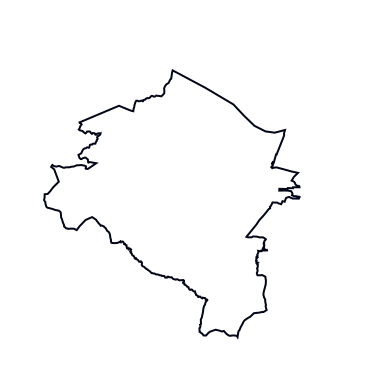 the district of Teisani, Prahova, Romania, rotated 308°
{"feature_id": "2599482B15804896567497", "entity_name": "Teisani", "entity_type": "district", "adm_level": 2, "iso_a3": "ROU", "parent_name": "Romania", "parent_adm1": "Prahova", "projection": "mercator", "projection_center": [25.998, 45.225], "detail": "fine", "context": "isolated", "style": "outline", "palette": "ink", "viewbox_px": 384, "rotation_deg": 308, "n_neighbors": 0, "source": "geoboundaries", "source_scale": "gbopen_adm2", "svg_char_len": 5999}
<svg xmlns="http://www.w3.org/2000/svg" viewBox="0 0 384 384"><g transform="rotate(308 192 192)"><path d="M196.0,279.9L198.4,279.2L200.1,279.4L200.3,278.9L200.1,276.3L199.5,275.2L197.8,273.2L197.1,271.2L194.7,267.6L192.9,266.8L190.7,263.9L190.2,262.5L206.0,262.8L210.9,262.4L218.4,262.9L225.8,263.0L227.2,263.6L227.6,263.4L228.2,262.6L230.0,262.7L233.3,261.9L236.1,265.7L236.3,267.4L236.8,268.3L237.3,269.8L240.5,269.0L241.4,271.0L245.0,269.8L245.8,270.1L247.9,271.5L248.0,272.3L248.8,275.3L252.6,280.3L254.3,279.9L254.0,278.8L253.0,277.5L253.1,277.2L253.0,276.9L251.5,274.9L251.0,272.8L252.5,272.3L253.7,269.8L252.4,267.2L250.6,264.6L246.8,259.9L248.3,258.9L253.2,265.4L254.1,265.1L257.1,269.2L257.9,268.7L261.9,273.8L262.6,273.0L262.6,272.5L261.6,270.8L261.6,270.1L261.6,269.1L262.7,267.1L262.8,266.4L262.8,265.2L262.3,263.5L266.5,263.0L272.3,263.7L269.4,257.7L267.2,252.3L263.4,243.4L261.1,241.1L260.2,240.6L260.3,239.3L260.9,239.1L261.8,239.5L263.9,238.8L263.2,238.2L263.8,237.4L264.2,237.6L265.3,237.2L265.6,238.3L273.4,235.1L273.6,235.6L292.3,230.1L293.5,229.6L294.9,228.4L298.1,227.1L289.7,220.7L285.0,212.6L282.6,200.5L284.1,186.1L286.5,170.8L282.3,138.2L275.9,101.9L274.0,102.7L268.4,105.9L267.3,105.6L263.6,106.4L260.8,105.5L258.5,105.6L256.4,106.3L253.9,108.6L252.5,109.4L248.6,109.0L245.9,104.4L244.5,104.1L243.6,103.1L243.4,101.8L242.9,101.1L242.3,100.8L239.9,100.6L239.3,100.2L238.6,99.0L237.0,98.2L236.1,98.3L234.6,97.1L233.7,97.5L233.2,97.4L233.1,97.0L233.3,96.6L233.0,96.0L230.8,94.4L230.1,92.4L229.6,91.9L228.4,92.0L225.7,92.9L222.9,94.4L222.0,94.6L219.5,96.0L218.4,93.6L215.0,81.4L177.6,60.5L177.3,61.0L177.6,62.5L177.3,63.4L174.9,63.5L173.4,64.1L171.5,64.4L171.6,65.8L172.7,68.2L172.4,69.4L172.5,71.7L172.6,72.0L173.6,72.2L175.0,72.1L176.5,73.8L176.8,74.8L176.3,75.7L176.2,77.3L177.4,77.5L178.3,79.2L178.3,79.8L177.7,80.3L177.8,80.8L178.2,81.1L179.7,81.4L181.1,82.6L180.9,83.4L181.8,83.8L180.9,84.3L178.7,83.9L177.9,83.2L177.7,83.3L176.5,83.7L176.3,84.4L175.7,85.0L174.6,84.9L174.0,85.0L173.7,85.5L171.9,85.6L170.6,86.1L169.5,84.6L168.7,84.1L168.2,84.3L166.9,82.9L166.2,82.6L163.9,83.6L163.4,83.5L162.7,81.9L161.3,81.4L159.6,80.2L157.6,80.1L154.3,80.9L151.3,79.7L149.6,82.3L149.4,84.0L150.0,84.7L151.3,85.1L153.2,86.4L153.6,87.2L153.5,89.9L151.4,92.0L151.5,92.4L152.1,92.5L152.7,93.1L155.7,98.8L146.5,95.9L145.7,95.3L145.0,94.2L145.1,93.6L146.7,93.0L146.9,92.7L146.6,91.0L145.0,88.1L142.0,84.7L139.5,83.3L137.3,81.1L136.3,80.5L133.6,77.2L132.5,76.5L131.8,75.4L130.7,71.2L128.6,69.6L127.5,67.5L127.3,65.3L125.1,65.5L125.0,69.5L118.1,80.7L110.4,79.7L105.2,79.8L101.7,79.5L99.5,77.3L97.0,79.2L94.7,80.3L94.3,80.9L93.8,82.6L92.2,84.1L91.0,85.9L90.6,86.9L90.7,87.9L92.7,92.4L93.7,95.4L95.3,98.6L95.3,99.9L95.0,101.2L91.6,104.4L91.0,105.0L90.8,105.8L88.2,109.5L87.2,111.5L86.2,112.3L85.9,115.3L86.4,116.0L86.7,117.1L88.0,118.4L90.3,121.4L91.0,124.6L96.0,124.5L104.5,125.4L110.7,128.7L111.1,133.4L110.5,135.2L110.1,137.2L109.8,137.6L109.7,139.3L109.2,140.8L110.0,141.4L110.6,143.7L110.3,144.9L110.4,146.2L109.2,148.9L109.2,151.1L108.4,152.9L107.7,153.8L105.4,156.1L104.6,157.4L103.0,158.8L102.4,159.7L102.9,160.8L104.3,162.8L105.3,163.8L106.0,164.7L107.8,165.5L108.5,166.8L109.2,166.3L109.3,167.0L110.0,167.5L110.4,168.2L109.9,169.6L109.4,170.1L109.6,170.3L109.4,170.8L109.8,171.3L109.3,172.1L109.7,173.2L108.5,174.1L108.4,174.9L107.9,175.3L108.4,175.7L107.9,176.2L108.5,176.7L108.1,177.5L109.0,177.5L109.3,178.4L109.1,179.5L107.0,180.0L107.2,181.0L106.4,181.4L106.4,182.3L105.4,184.0L105.7,185.5L105.1,186.9L104.4,187.8L104.5,188.1L105.2,188.3L105.4,188.7L104.7,189.3L105.2,190.8L105.1,191.5L104.5,193.1L104.6,193.5L105.8,194.3L105.4,195.0L105.7,195.4L105.6,195.9L104.8,196.7L103.7,197.2L103.2,198.0L103.2,199.0L103.6,200.7L103.3,202.0L103.4,202.6L103.2,203.6L103.6,204.5L103.4,205.2L103.6,207.5L103.2,210.1L103.7,210.7L104.0,211.8L104.7,212.7L104.9,214.4L106.1,216.0L106.6,218.0L107.3,219.0L107.3,219.9L108.7,221.6L108.7,222.2L108.1,223.4L108.4,224.2L109.2,225.0L109.9,224.7L110.7,225.4L110.6,226.1L111.1,226.6L111.2,227.2L112.3,228.5L111.9,230.2L112.1,231.4L112.7,232.4L112.8,233.0L114.2,234.1L114.6,236.4L117.3,239.4L117.2,240.3L116.8,240.6L116.4,240.8L115.4,240.6L114.9,240.9L115.3,242.3L114.4,242.9L114.8,245.4L114.4,246.4L114.8,247.8L113.8,249.1L113.7,250.8L114.8,251.5L115.1,252.4L114.7,253.1L114.7,253.8L114.9,255.0L115.5,255.4L114.9,256.4L114.4,256.7L114.3,257.5L113.4,258.5L113.4,259.2L113.8,260.2L113.7,260.8L113.1,261.4L113.2,261.8L114.5,262.6L114.4,264.1L114.6,265.6L115.3,265.5L116.4,267.5L116.4,268.0L116.2,268.5L115.4,269.2L115.4,269.5L116.4,270.0L116.3,270.6L113.3,270.6L111.3,271.6L109.6,271.7L106.8,272.9L104.6,274.3L99.4,276.9L96.9,277.5L93.7,280.2L92.6,280.5L92.3,280.2L91.2,281.4L90.0,281.9L89.3,281.7L86.9,283.7L86.8,284.2L86.5,284.3L86.6,287.4L86.1,289.4L87.5,291.4L91.3,291.7L93.4,292.4L98.0,295.4L99.8,299.3L100.5,301.5L102.1,302.6L101.4,306.7L101.5,309.0L102.0,310.4L104.6,313.0L106.2,315.8L105.7,317.2L110.8,314.4L112.6,314.4L114.9,313.7L121.6,312.5L123.1,312.4L126.8,313.5L129.6,314.7L134.6,315.4L138.3,319.2L140.8,321.3L141.4,322.2L144.9,323.5L147.2,320.4L148.3,320.0L150.8,317.1L152.3,315.9L153.4,313.6L155.0,311.5L157.3,310.1L164.5,307.0L167.6,304.9L170.4,301.9L169.8,298.5L167.7,296.3L166.7,294.8L168.0,293.0L170.0,292.4L171.4,291.2L171.4,290.8L172.0,290.2L172.8,290.2L174.2,289.5L174.9,288.4L175.3,288.4L175.4,287.3L175.9,287.4L175.6,287.0L175.9,286.6L176.4,286.7L176.1,286.2L177.4,285.2L178.5,284.9L177.4,285.0L177.2,284.9L177.4,284.7L179.2,283.9L180.8,284.0L180.9,283.8L180.6,283.8L180.5,283.5L179.7,283.5L179.7,283.2L180.9,282.7L181.5,283.1L182.0,283.1L182.7,282.0L183.8,281.9L186.0,281.0L186.4,280.4L186.7,280.9L186.5,281.5L187.3,282.1L187.8,282.2L187.8,282.6L188.3,283.4L189.0,283.2L189.9,283.7L189.8,284.1L190.3,284.5L190.6,285.3L192.1,287.0L192.4,286.6L191.9,286.3L191.4,284.5L192.1,283.8L192.0,283.1L192.4,282.9L191.4,282.6L194.7,281.7L195.0,280.7L195.8,280.5L195.7,280.2L196.0,279.9Z" fill="none" stroke="#020617" stroke-width="2"/></g></svg>